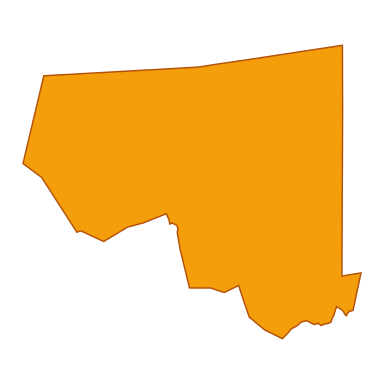 the district of Milton Brandão, Piauí, Brazil
{"feature_id": "56859067B37808901206920", "entity_name": "Milton Brandão", "entity_type": "district", "adm_level": 2, "iso_a3": "BRA", "parent_name": "Brazil", "parent_adm1": "Piauí", "projection": "equal_earth", "projection_center": [-41.443, -4.721], "detail": "fine", "context": "isolated", "style": "filled", "palette": "amber", "viewbox_px": 384, "rotation_deg": 0, "n_neighbors": 0, "source": "geoboundaries", "source_scale": "gbopen_adm2", "svg_char_len": 932}
<svg xmlns="http://www.w3.org/2000/svg" viewBox="0 0 384 384"><path d="M361.0,272.9L341.9,276.0L342.6,110.6L342.4,45.3L312.0,49.9L250.2,59.3L215.3,64.4L209.8,65.3L198.1,67.1L148.9,69.9L54.1,75.2L43.8,75.8L23.0,163.5L41.7,177.5L74.4,228.3L76.9,232.2L80.7,230.8L103.7,241.5L127.6,227.1L140.3,223.7L142.5,223.2L166.4,213.7L169.0,220.0L169.9,224.1L171.7,223.1L174.2,223.9L177.1,225.7L177.9,229.6L177.2,232.2L180.1,249.2L181.1,253.3L189.5,287.9L196.2,288.0L210.4,288.0L224.2,292.5L238.7,285.5L243.2,299.5L249.3,317.2L264.7,329.9L282.4,338.7L288.2,332.8L291.4,328.8L294.1,327.4L297.3,325.6L300.5,322.6L303.3,321.4L307.1,320.8L311.9,323.5L314.0,324.4L316.2,324.0L318.1,323.3L321.2,325.5L324.2,324.2L328.6,323.3L331.0,322.1L332.1,318.6L333.8,315.6L334.5,312.9L335.7,309.2L336.7,306.7L341.7,309.7L343.7,311.8L344.8,314.4L346.4,315.7L347.7,313.1L349.2,311.5L353.0,310.4L361.0,272.9Z" fill="#f59e0b" stroke="#b45309" stroke-width="1.5"/></svg>